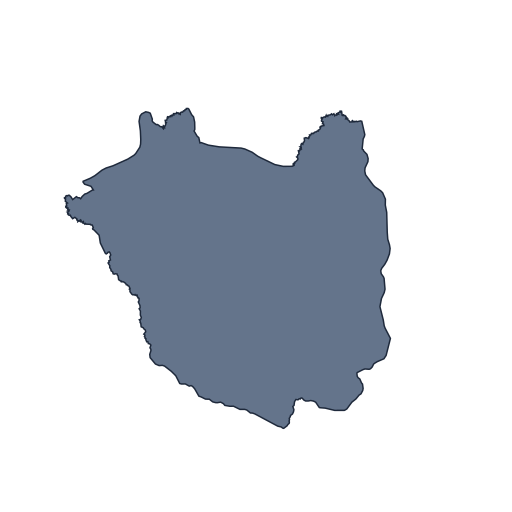 the district of Sa Bot, Lop Buri, Thailand, rotated 65°
{"feature_id": "78962969B19541644764840", "entity_name": "Sa Bot", "entity_type": "district", "adm_level": 2, "iso_a3": "THA", "parent_name": "Thailand", "parent_adm1": "Lop Buri", "projection": "mercator", "projection_center": [100.826, 15.236], "detail": "fine", "context": "isolated", "style": "filled", "palette": "slate", "viewbox_px": 512, "rotation_deg": 65, "n_neighbors": 0, "source": "geoboundaries", "source_scale": "gbopen_adm2", "svg_char_len": 6111}
<svg xmlns="http://www.w3.org/2000/svg" viewBox="0 0 512 512"><g transform="rotate(65 256 256)"><path d="M387.5,169.0L375.9,169.5L373.4,169.3L367.8,167.7L354.3,165.1L347.5,160.2L343.4,155.3L340.6,153.1L330.5,149.4L328.8,149.3L325.0,150.0L322.1,149.2L320.3,147.3L318.0,142.9L315.2,139.0L310.5,134.2L305.9,131.3L302.3,130.3L296.5,129.5L289.9,127.0L271.7,119.1L264.5,117.3L259.2,114.7L252.2,114.5L249.7,115.4L243.6,119.0L241.3,119.8L228.7,122.4L224.9,121.5L222.2,119.9L217.8,114.7L215.1,113.2L210.8,112.5L206.5,114.0L205.1,113.9L204.3,114.5L203.6,114.4L195.2,109.4L193.5,107.3L192.0,106.1L178.6,103.2L177.7,104.3L177.0,107.7L176.2,108.2L176.2,109.4L175.7,109.8L175.9,110.6L174.0,111.4L174.1,111.7L175.1,112.1L174.2,114.4L172.6,114.5L170.1,115.8L169.6,116.7L169.0,115.8L169.3,115.2L167.7,115.9L167.4,115.5L166.0,116.2L165.6,117.6L165.0,117.3L164.8,118.4L162.7,117.8L161.8,118.2L161.8,117.5L160.9,117.3L160.2,118.6L161.0,119.3L161.0,121.2L162.3,121.3L161.2,122.7L162.3,122.8L162.5,123.3L162.0,123.6L161.7,124.7L162.1,125.3L160.0,125.3L160.3,127.1L159.1,127.5L159.5,129.0L158.9,131.1L159.7,131.9L158.9,132.2L159.1,133.1L158.2,133.0L159.5,134.5L158.7,135.4L159.1,137.7L158.3,137.8L158.1,138.3L159.0,138.7L159.8,138.2L160.7,139.3L161.5,139.6L162.8,138.5L164.2,139.9L165.0,139.0L166.5,139.3L165.8,142.0L166.2,142.2L166.0,143.2L166.3,143.6L166.8,143.3L167.5,143.7L168.2,144.8L168.3,146.4L169.1,146.7L168.6,147.7L169.0,149.1L168.6,149.9L168.7,151.0L169.3,152.0L168.8,152.4L169.0,153.0L168.3,153.9L169.4,155.2L168.9,156.3L169.9,156.5L170.5,158.0L171.1,157.8L171.8,158.7L169.8,160.7L169.6,162.5L172.0,163.3L172.9,164.1L173.0,165.1L174.5,166.3L173.4,167.0L173.8,167.9L175.6,169.0L175.6,169.9L176.7,169.1L177.1,169.3L177.2,170.1L178.3,169.7L178.5,170.4L177.8,170.9L178.5,171.1L178.4,171.9L179.1,172.3L178.6,173.1L181.6,173.8L182.2,175.6L183.3,176.4L183.4,177.3L185.0,176.7L186.3,177.4L187.3,180.1L187.4,181.6L188.2,181.6L188.2,183.4L189.0,183.7L189.6,182.9L190.0,183.2L190.0,185.3L186.3,193.4L181.1,200.3L169.0,210.2L166.4,212.2L160.4,215.6L154.3,220.9L151.9,223.9L141.6,243.1L135.4,252.3L130.1,257.7L129.8,259.0L124.5,257.8L122.6,258.7L116.6,259.3L115.6,258.1L114.2,257.4L108.7,255.0L103.5,253.8L100.7,254.6L94.4,254.8L93.5,255.3L92.9,256.8L93.6,257.2L93.4,258.5L94.2,259.3L93.8,260.4L94.6,261.7L94.1,262.5L94.1,263.9L95.3,264.6L94.6,264.8L94.9,265.7L93.6,265.8L93.0,266.7L93.2,267.2L92.5,267.4L93.2,268.3L92.2,270.4L93.3,270.8L92.7,271.4L93.4,272.1L93.1,272.6L93.5,273.0L92.7,273.2L92.9,274.7L93.5,274.7L93.0,275.7L93.2,276.1L92.4,277.2L92.8,277.8L93.7,277.5L94.0,278.6L95.1,279.4L94.7,281.0L96.6,281.4L97.1,281.0L97.2,281.5L96.6,282.0L97.9,281.6L99.7,283.3L99.9,284.0L99.3,284.4L100.7,284.6L99.5,285.5L100.5,285.8L101.3,285.5L101.7,286.1L98.9,286.9L98.3,288.1L96.2,289.0L95.0,290.0L94.8,290.9L91.1,292.8L89.7,293.0L88.1,292.1L81.9,291.5L80.5,292.6L78.7,295.0L78.9,299.6L80.2,302.0L84.6,305.1L93.7,307.9L101.7,311.2L105.8,313.3L108.3,315.3L112.3,321.7L113.1,323.9L114.0,331.2L113.8,347.5L112.9,354.7L113.1,359.3L115.1,368.1L115.5,373.3L115.2,381.1L115.9,381.5L118.5,381.0L123.1,376.1L127.4,375.5L127.1,376.5L127.8,382.8L127.5,385.0L128.6,388.4L130.0,390.7L128.7,391.3L127.9,392.8L126.3,393.7L127.4,398.3L124.1,398.7L122.0,399.6L121.6,400.5L121.9,401.3L121.2,402.2L121.4,403.3L122.5,403.8L122.3,405.0L123.0,405.2L123.9,404.5L125.8,405.7L128.3,404.5L128.3,405.7L130.7,406.4L130.5,407.4L131.5,407.7L133.0,406.2L133.2,406.5L132.9,407.1L134.1,406.5L134.8,407.3L135.4,405.8L136.4,406.8L136.4,408.4L136.9,408.0L138.1,408.8L138.5,408.1L139.2,408.7L140.2,408.1L140.6,407.0L141.9,407.1L144.7,406.4L144.4,403.8L147.0,402.6L147.4,403.1L148.3,403.0L148.8,402.3L149.5,402.8L149.3,401.5L149.9,401.1L149.0,399.9L149.8,399.4L151.0,400.3L151.9,399.1L151.8,397.9L152.2,398.0L152.4,398.9L152.8,399.1L153.6,398.1L154.8,397.7L154.5,396.8L155.2,396.7L157.4,392.6L158.1,392.5L158.8,391.3L161.6,391.5L161.9,392.4L162.9,392.6L163.7,391.9L170.9,389.4L178.5,391.6L189.9,391.4L190.8,390.9L190.6,389.3L190.1,389.0L190.2,387.3L191.2,387.0L193.7,387.2L194.8,388.9L198.1,389.6L198.2,391.5L199.5,391.7L199.8,393.0L203.0,392.6L204.7,393.5L206.7,393.1L208.1,393.6L209.8,392.6L211.7,393.0L212.5,392.2L212.6,391.1L213.6,389.5L214.8,389.7L215.7,389.4L219.4,390.5L221.6,389.2L221.9,388.6L222.5,388.9L223.4,387.0L225.8,385.7L227.3,385.7L227.9,384.7L228.7,384.7L229.6,383.9L232.2,383.9L232.5,384.8L233.4,384.5L235.1,385.3L238.4,384.6L239.3,383.9L239.5,382.7L240.5,382.2L240.2,381.3L241.5,381.0L241.4,380.3L243.2,380.7L243.9,380.3L244.2,380.6L245.0,379.9L247.2,381.0L247.9,382.1L251.8,382.1L254.0,382.9L254.4,384.2L257.0,384.0L260.7,385.8L263.2,385.9L264.6,387.2L264.5,388.7L266.0,388.4L267.4,389.2L268.1,388.8L271.6,390.0L273.4,388.5L274.7,388.4L276.3,387.6L278.1,388.0L279.4,390.7L280.5,390.1L281.4,390.4L281.9,391.2L283.0,390.9L283.7,391.3L284.3,390.7L285.3,391.2L287.6,391.3L287.9,390.2L289.9,390.6L290.6,389.5L292.3,388.9L294.4,390.9L296.0,390.7L297.3,391.2L300.3,393.9L303.4,394.9L311.4,392.8L314.4,390.1L315.5,387.1L317.1,385.4L324.7,381.5L330.7,379.3L339.3,379.0L340.4,377.8L342.1,374.1L345.7,371.5L346.0,369.6L347.4,368.6L350.4,367.7L358.9,367.0L360.5,365.3L364.3,362.3L366.1,358.8L369.9,356.9L371.8,354.6L372.6,353.1L373.5,349.8L376.1,347.9L378.2,347.4L381.2,343.1L382.6,339.9L388.2,335.4L390.2,331.1L391.6,329.5L395.9,327.4L396.9,325.5L398.6,323.8L419.4,308.2L421.6,305.4L423.3,304.5L423.9,303.7L423.0,299.5L422.2,298.4L421.7,296.7L420.6,295.9L419.6,295.8L418.5,294.8L417.2,294.5L416.1,292.8L415.1,292.1L414.6,289.7L413.1,287.9L411.3,286.6L407.9,286.2L407.5,284.7L404.3,282.6L402.9,280.5L404.1,278.7L403.6,277.1L404.3,276.3L403.8,275.6L403.9,274.7L404.6,274.1L406.6,273.6L408.4,272.3L409.5,269.9L410.1,267.5L411.8,265.2L413.7,263.7L420.0,262.7L420.5,262.2L423.1,257.6L429.2,249.9L433.3,241.0L433.0,238.3L429.0,230.9L427.8,225.9L425.6,221.3L425.3,219.1L423.0,216.1L421.3,214.9L417.1,213.6L415.7,214.0L411.3,213.9L409.5,214.9L407.9,215.1L405.3,214.3L404.4,213.6L404.2,207.0L404.4,205.0L406.5,201.3L406.6,199.9L405.7,197.6L403.6,195.0L403.3,193.4L403.0,190.7L403.2,183.5L401.1,180.1L387.5,169.0Z" fill="#64748b" stroke="#1e293b" stroke-width="1.5"/></g></svg>